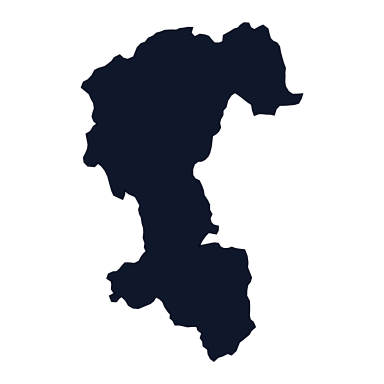 Prados, Minas Gerais, Brazil
{"feature_id": "56859067B1815621607737", "entity_name": "Prados", "entity_type": "district", "adm_level": 2, "iso_a3": "BRA", "parent_name": "Brazil", "parent_adm1": "Minas Gerais", "projection": "orthographic", "projection_center": [-44.058, -21.117], "detail": "fine", "context": "isolated", "style": "filled", "palette": "ink", "viewbox_px": 384, "rotation_deg": 0, "n_neighbors": 0, "source": "geoboundaries", "source_scale": "gbopen_adm2", "svg_char_len": 3174}
<svg xmlns="http://www.w3.org/2000/svg" viewBox="0 0 384 384"><path d="M255.2,326.9L253.1,322.2L250.0,319.7L249.1,315.2L249.4,310.9L249.4,306.4L249.2,301.1L246.4,295.8L246.6,290.1L247.5,285.0L250.2,281.5L251.3,277.6L249.1,272.1L247.3,267.5L247.7,262.5L246.9,256.1L244.5,250.0L239.1,249.4L235.2,248.7L231.7,247.4L228.3,248.7L223.7,248.8L220.1,246.9L218.3,243.6L214.8,243.1L211.0,243.7L204.3,245.1L199.2,246.1L201.6,241.0L205.3,235.7L208.7,232.2L212.2,233.0L216.3,233.7L218.0,230.4L218.2,226.3L213.7,225.3L211.0,222.8L209.8,218.3L211.7,214.2L209.3,209.9L209.4,204.8L207.5,200.8L203.9,195.4L203.1,190.3L201.3,185.4L199.1,180.9L195.1,179.0L192.5,175.3L192.4,169.2L194.3,163.9L198.0,161.1L201.6,161.0L204.9,159.2L207.7,156.4L209.4,153.1L211.0,147.0L211.7,140.9L212.3,135.8L215.7,133.8L218.6,131.0L220.3,127.5L219.4,122.8L220.3,119.1L222.7,115.0L222.8,110.3L225.8,107.1L227.6,100.1L231.2,94.8L235.0,92.3L238.1,94.4L242.3,97.4L247.1,101.3L251.8,104.5L252.7,110.2L254.4,115.2L258.5,113.5L262.3,113.4L266.3,113.9L270.7,114.0L274.1,114.8L276.0,108.8L279.5,105.1L285.9,105.0L290.5,104.6L294.6,104.2L298.5,103.0L301.0,98.5L302.4,94.0L298.0,94.4L292.6,94.6L288.4,91.7L285.2,86.5L284.5,81.4L284.8,76.3L284.6,72.5L285.2,68.2L283.3,63.1L281.9,58.3L280.4,52.7L279.3,46.6L276.8,43.1L272.8,41.3L270.1,38.4L268.9,33.9L267.8,29.0L263.1,25.4L258.8,27.3L254.4,30.0L250.5,27.7L248.6,23.3L244.0,23.0L240.4,25.5L238.1,28.2L234.4,29.2L230.0,32.0L223.6,35.5L223.0,41.7L219.2,43.3L214.2,43.1L211.2,39.8L208.6,36.5L204.5,35.1L199.7,34.5L194.6,37.1L190.9,32.9L192.4,27.7L187.5,27.7L183.6,28.4L179.8,28.8L176.4,30.4L170.9,30.2L164.8,30.6L160.2,32.4L156.6,33.3L153.3,36.2L148.5,38.3L145.3,42.5L141.3,43.7L137.5,47.6L135.4,52.8L133.8,57.0L127.7,59.6L123.2,58.4L119.7,55.1L114.4,57.8L112.0,61.3L108.8,63.9L104.8,66.8L98.9,68.5L94.8,70.5L92.3,75.4L88.1,79.9L83.5,82.3L81.6,87.4L85.6,90.7L89.4,93.8L91.1,98.1L93.8,103.0L94.6,108.4L93.2,112.6L92.3,116.7L94.0,121.0L97.3,123.8L93.6,126.5L90.6,131.5L86.3,134.1L87.2,138.6L88.3,144.5L87.7,149.2L86.0,153.1L83.7,157.6L84.3,162.1L87.8,165.8L94.5,166.4L98.0,162.9L101.8,166.0L105.2,170.4L108.0,176.2L110.1,184.1L112.0,190.7L113.9,195.0L118.1,197.0L122.6,199.1L124.4,194.6L124.6,190.1L128.6,193.5L135.4,196.5L138.2,201.7L140.2,205.5L138.8,209.5L139.8,214.0L141.5,217.3L142.3,223.0L143.8,228.1L144.0,232.6L143.4,238.0L145.2,243.0L144.6,247.5L146.5,251.4L143.7,253.9L141.5,256.9L139.1,261.4L134.5,263.7L128.7,263.1L125.0,263.1L122.4,265.8L119.8,269.2L116.7,271.9L113.0,272.1L108.6,274.1L107.1,278.4L111.4,281.1L112.0,284.7L111.6,289.2L114.5,293.5L109.7,296.0L111.8,301.3L116.4,301.5L118.7,298.4L121.6,296.2L125.9,300.5L128.6,305.2L133.0,307.8L138.5,308.2L144.2,305.8L150.1,303.4L153.3,300.9L155.9,296.6L159.8,298.7L162.9,301.7L165.0,306.8L168.2,311.5L170.7,314.4L170.3,318.1L173.2,320.6L175.1,324.8L179.6,324.8L183.3,325.6L187.5,326.6L191.9,326.2L196.8,326.2L198.2,330.3L202.0,333.0L200.5,337.9L202.9,341.4L203.3,345.9L207.8,349.3L208.3,354.0L210.6,358.5L213.9,361.0L217.8,357.3L223.1,355.5L227.5,353.2L231.5,354.7L235.9,350.6L237.8,345.7L239.3,342.0L242.2,339.9L245.6,337.1L249.1,334.2L251.0,330.7L255.2,326.9Z" fill="#0f172a" stroke="#020617" stroke-width="1.5"/></svg>